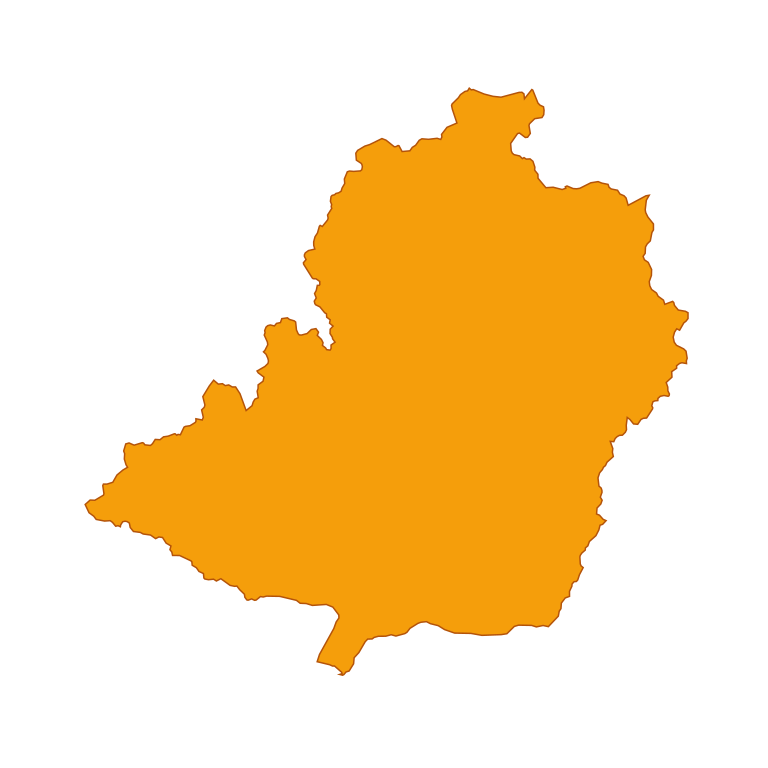 Loc Binh, Lạng Sơn, Vietnam, rotated 174°
{"feature_id": "81297802B22471082550929", "entity_name": "Loc Binh", "entity_type": "district", "adm_level": 2, "iso_a3": "VNM", "parent_name": "Vietnam", "parent_adm1": "Lạng Sơn", "projection": "mercator", "projection_center": [106.936, 21.677], "detail": "fine", "context": "isolated", "style": "filled", "palette": "amber", "viewbox_px": 768, "rotation_deg": 174, "n_neighbors": 0, "source": "geoboundaries", "source_scale": "gbopen_adm2", "svg_char_len": 6138}
<svg xmlns="http://www.w3.org/2000/svg" viewBox="0 0 768 768"><g transform="rotate(174 384 384)"><path d="M177.4,224.9L180.2,226.5L183.4,231.0L186.2,232.5L185.1,238.4L180.9,242.0L179.2,245.6L180.7,248.8L178.5,253.5L178.4,255.4L178.9,257.8L180.9,260.0L181.0,268.3L178.8,273.2L175.8,276.0L174.4,278.3L172.3,279.7L170.4,282.9L163.5,287.9L164.0,292.3L163.2,295.9L165.0,303.3L161.5,302.6L159.8,305.6L157.8,307.2L155.3,308.3L152.2,308.2L149.0,310.8L147.6,313.2L147.4,317.6L145.6,325.3L143.1,323.0L140.0,318.2L135.9,317.4L132.1,321.9L129.6,322.8L126.4,322.7L119.5,331.2L119.2,332.4L120.0,334.3L118.5,338.1L116.6,338.9L113.4,338.9L113.1,341.0L110.5,342.9L106.7,343.3L102.7,342.1L101.7,342.6L101.2,344.2L102.4,347.6L102.1,351.3L103.2,356.0L96.9,360.7L96.6,366.2L91.3,369.1L91.1,371.6L87.8,373.6L85.5,374.0L81.0,372.7L80.9,375.4L79.8,377.9L80.2,385.1L82.3,387.6L89.1,391.9L91.0,395.3L91.5,400.4L89.6,405.2L87.1,408.3L84.4,406.6L79.4,413.5L77.2,414.8L74.8,417.3L74.2,423.1L76.6,424.8L83.6,426.8L86.9,431.8L87.3,434.7L88.3,436.0L96.4,433.9L97.3,438.2L102.2,442.6L103.5,446.0L108.0,450.0L109.4,453.9L109.5,458.1L106.7,464.0L105.9,469.9L108.5,477.3L112.0,480.3L113.0,483.9L110.6,486.6L109.6,493.0L107.6,495.8L104.2,498.5L101.7,506.7L99.9,509.1L99.3,515.0L104.1,522.5L105.8,527.1L106.0,530.0L103.9,539.3L100.5,544.0L103.8,543.8L122.5,536.2L123.8,543.7L125.6,546.1L129.5,548.3L131.5,552.3L137.6,554.2L139.6,556.1L140.3,559.1L146.3,561.0L149.9,562.9L157.3,562.5L168.7,558.2L172.0,558.0L175.5,558.6L181.3,561.8L183.1,561.2L182.7,559.7L186.5,558.8L195.2,562.0L202.5,562.3L209.3,572.5L209.0,576.5L211.8,580.9L211.3,583.9L212.6,589.9L215.2,592.6L219.0,592.8L221.1,594.5L222.8,593.7L225.2,596.6L230.7,598.5L232.3,600.2L233.1,602.7L232.9,610.0L225.0,619.1L223.0,619.4L217.7,614.4L215.4,614.4L212.3,617.9L212.8,625.9L212.1,627.6L206.4,632.1L199.0,632.5L197.0,635.1L196.2,639.5L196.4,643.0L199.7,645.0L201.5,647.3L205.3,660.7L206.2,661.4L214.5,653.0L214.5,657.9L216.3,659.7L219.2,659.9L237.6,657.0L245.5,658.7L254.1,661.9L264.5,667.5L266.5,667.4L268.3,669.3L270.2,666.8L272.9,666.5L277.7,663.8L280.1,660.9L287.0,655.4L287.7,653.9L287.3,650.1L284.2,635.9L294.5,632.7L300.7,626.2L300.6,623.6L302.0,621.3L305.5,622.8L314.1,622.7L320.7,623.9L323.5,622.7L327.6,618.1L331.1,616.4L333.9,613.2L341.7,613.3L344.2,619.4L345.1,619.7L347.4,618.8L349.0,618.9L356.5,626.3L360.4,628.3L373.3,623.6L378.2,622.6L385.8,619.1L387.9,616.5L388.1,609.5L383.7,605.9L383.0,604.6L382.8,602.3L383.7,599.4L385.2,598.4L391.9,598.6L396.1,599.4L398.3,598.9L402.0,592.0L402.1,587.5L405.2,583.3L406.5,580.2L409.1,578.9L412.0,578.5L413.3,577.4L415.9,577.0L417.1,575.9L418.2,571.3L417.3,568.0L418.0,565.8L417.6,564.1L422.5,557.9L422.2,554.8L423.0,553.0L428.9,547.1L430.9,548.4L431.8,547.6L434.4,541.1L437.2,537.7L439.1,532.7L439.4,529.1L438.7,525.4L445.2,524.6L448.6,522.6L449.7,520.7L449.8,519.1L448.5,515.9L451.5,513.0L451.4,511.5L444.3,497.0L443.4,496.1L440.6,495.7L437.2,492.7L437.4,489.7L438.0,488.9L440.0,489.1L441.6,484.1L443.6,481.2L442.4,476.6L444.7,473.7L444.4,471.3L443.8,470.0L439.7,467.4L435.5,461.0L433.9,459.9L434.0,456.4L430.8,453.5L431.8,450.2L428.6,446.9L431.8,444.1L432.4,439.8L430.5,436.0L430.4,434.3L428.3,430.7L432.6,428.3L432.9,424.8L434.1,423.3L437.5,424.2L438.3,426.0L441.2,428.8L440.3,431.4L441.6,434.9L445.3,439.3L443.7,442.4L445.9,446.2L450.6,445.8L455.2,442.2L461.1,441.3L463.1,441.7L464.1,442.9L465.4,446.9L465.4,454.9L466.7,456.2L471.3,458.1L473.1,459.9L478.8,459.7L480.6,455.9L484.6,455.5L486.9,453.2L490.9,454.6L493.5,454.2L495.3,453.0L497.1,449.6L496.9,447.5L498.0,445.2L495.6,438.0L495.5,435.2L499.0,429.8L500.5,428.6L498.2,425.9L496.8,421.6L496.5,419.0L497.2,416.6L500.6,413.9L508.9,410.2L507.9,408.2L502.7,403.4L504.0,399.4L509.3,396.3L509.7,392.7L510.9,390.1L510.5,383.5L514.0,382.4L516.0,379.7L517.5,376.2L523.9,372.0L528.2,389.3L531.9,396.6L535.2,396.9L538.5,399.3L542.1,399.0L544.6,401.2L548.8,401.2L553.0,405.6L557.9,400.4L565.5,390.4L564.3,381.8L565.2,379.6L568.1,377.3L567.2,369.8L568.5,367.2L574.7,369.1L574.9,366.6L575.7,365.5L581.3,362.8L585.9,362.6L587.4,362.0L591.8,354.8L594.1,355.4L595.5,354.7L596.9,356.3L597.7,356.4L604.1,354.7L608.8,354.5L612.6,352.0L617.3,352.8L620.5,348.8L622.7,347.3L628.2,348.5L629.3,350.4L630.5,350.9L638.9,349.3L643.7,352.0L647.1,351.4L649.9,344.6L649.2,341.8L650.1,336.5L649.0,330.6L647.7,328.0L652.7,325.7L659.1,321.4L664.0,314.6L670.0,313.4L673.5,313.8L674.3,312.3L674.0,304.2L674.6,302.8L683.7,298.6L688.4,299.3L693.8,295.4L690.8,286.8L686.5,282.9L684.4,279.4L676.2,276.9L670.6,276.7L668.5,274.8L665.7,270.6L663.3,270.9L661.1,269.6L660.6,271.4L658.3,274.3L655.9,274.6L653.8,274.0L651.8,272.3L651.4,267.8L648.6,263.5L641.9,261.9L639.2,260.0L632.0,258.2L627.3,254.1L623.9,255.4L620.3,254.5L617.3,248.5L612.8,245.2L614.2,241.6L612.6,239.1L612.2,235.6L605.2,234.8L594.5,228.3L593.7,227.3L593.7,223.8L589.8,220.9L587.6,216.9L583.4,214.4L583.4,209.9L582.6,208.8L579.0,207.7L573.9,207.7L571.3,205.6L566.6,207.4L558.1,199.8L553.7,198.4L551.4,198.4L549.1,194.6L544.8,189.5L544.7,186.5L543.0,183.6L541.8,183.2L538.1,184.1L535.3,182.4L533.7,182.5L529.1,185.5L526.4,184.8L522.9,185.3L509.9,183.7L493.7,178.0L490.3,174.7L484.3,173.8L478.4,171.3L464.4,170.8L458.2,167.5L453.1,159.0L453.3,156.0L456.4,152.4L459.5,146.0L476.4,121.8L479.5,114.8L467.4,110.5L464.7,108.9L462.7,108.7L456.2,101.7L456.0,100.3L458.5,99.8L455.6,98.7L454.3,99.2L451.8,101.6L448.7,102.2L443.5,108.9L442.3,114.9L437.1,119.5L429.6,129.7L426.9,132.0L422.4,131.7L420.3,133.0L416.0,133.7L408.6,133.0L403.1,133.9L398.5,132.1L389.3,133.6L387.1,134.7L383.7,138.3L375.3,142.4L372.2,143.2L366.6,143.2L362.9,140.8L355.3,138.0L349.4,133.4L339.8,128.9L323.7,126.9L312.9,123.8L293.6,122.5L287.9,122.8L279.7,129.3L275.4,130.1L262.4,128.5L257.9,126.5L251.0,127.2L245.9,125.5L234.9,134.9L233.5,139.7L231.5,142.1L230.5,147.6L226.1,152.3L221.7,153.4L221.2,158.4L218.3,163.2L217.9,165.4L215.7,167.5L213.3,167.5L211.8,168.9L209.5,174.0L205.1,180.6L207.0,182.5L207.6,184.5L207.3,191.5L206.7,193.1L204.9,195.2L201.2,197.8L200.8,200.0L198.2,201.7L196.2,205.9L189.1,211.0L185.6,216.4L183.9,221.0L181.2,221.6L177.4,224.9Z" fill="#f59e0b" stroke="#b45309" stroke-width="1.5"/></g></svg>